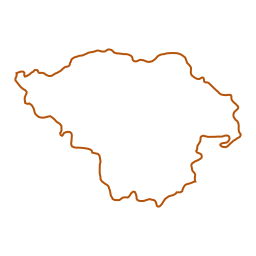 outline of Dokshytsy, Vitebsk, Belarus
{"feature_id": "67162791B61932293276792", "entity_name": "Dokshytsy", "entity_type": "district", "adm_level": 2, "iso_a3": "BLR", "parent_name": "Belarus", "parent_adm1": "Vitebsk", "projection": "albers", "projection_center": [27.92, 54.818], "detail": "fine", "context": "isolated", "style": "outline", "palette": "amber", "viewbox_px": 256, "rotation_deg": 0, "n_neighbors": 0, "source": "geoboundaries", "source_scale": "gbopen_adm2", "svg_char_len": 5156}
<svg xmlns="http://www.w3.org/2000/svg" viewBox="0 0 256 256"><path d="M195.3,181.5L194.9,180.7L194.9,179.1L194.8,177.3L195.2,175.6L195.1,174.2L194.4,172.9L193.4,171.9L192.6,170.9L192.2,170.0L191.8,167.7L191.4,165.8L191.5,164.3L192.4,163.2L193.8,162.2L195.1,161.4L197.2,160.5L198.4,160.0L200.0,159.0L201.4,158.0L201.8,156.9L201.6,155.6L201.3,154.6L200.4,153.8L199.4,153.4L198.0,152.8L197.0,152.4L196.3,151.4L196.3,150.6L196.9,150.0L197.1,149.3L197.2,147.9L197.4,146.4L197.6,145.4L198.5,144.3L199.1,143.2L200.0,141.9L200.4,140.6L200.5,139.5L200.5,138.6L200.6,137.4L201.1,136.6L202.0,136.1L203.3,135.8L204.1,135.8L205.6,136.4L206.4,136.5L207.8,136.8L210.1,136.9L212.1,136.8L215.1,136.8L217.3,136.6L220.1,136.6L221.8,136.6L223.3,136.2L224.8,135.7L226.2,135.5L228.0,135.7L229.0,136.5L229.6,138.1L229.3,139.6L228.3,141.3L227.0,142.4L224.9,142.9L222.8,143.1L221.3,143.6L220.3,144.5L220.5,145.5L221.4,146.2L222.0,146.6L223.4,147.0L225.3,147.1L226.1,147.1L228.0,145.9L229.2,144.6L230.4,143.5L231.8,142.3L233.3,140.9L234.6,140.1L236.3,139.0L237.7,138.0L239.4,137.2L240.1,136.4L240.4,135.8L240.6,135.1L240.6,134.0L239.9,133.4L239.6,132.8L239.0,131.6L238.8,130.6L238.6,129.0L238.7,126.8L238.7,125.7L238.5,124.0L238.3,123.1L237.5,121.5L236.8,120.7L235.5,119.8L234.6,118.3L233.9,117.5L233.5,116.3L233.4,114.8L233.7,113.4L234.3,112.1L235.3,111.1L236.8,109.7L237.7,108.9L238.2,107.9L238.2,106.9L237.6,105.9L236.6,105.0L235.7,103.9L233.9,102.5L232.7,101.2L231.9,100.1L231.4,98.8L231.4,97.6L231.4,96.2L231.0,95.4L230.8,95.1L229.8,94.9L228.2,94.9L226.5,95.1L224.7,95.1L222.6,94.8L220.9,94.4L218.7,92.7L218.0,91.7L216.4,90.4L215.1,89.2L213.9,88.1L212.6,86.8L211.3,85.5L210.5,84.7L209.9,84.2L208.7,83.0L207.6,82.5L206.8,82.4L205.1,82.3L204.2,81.6L204.0,80.2L203.7,78.3L202.9,77.6L202.0,77.5L200.9,78.1L200.0,78.7L199.0,79.1L197.0,78.8L195.3,78.0L194.2,77.3L193.5,76.7L191.9,75.5L191.2,74.4L190.8,72.7L190.9,70.5L191.0,68.0L190.5,66.7L190.1,66.1L188.3,64.0L187.5,63.4L186.9,62.5L186.6,61.4L186.3,60.4L186.0,59.6L185.5,58.2L184.5,56.9L183.5,56.3L182.0,55.1L180.3,54.2L178.1,53.5L177.0,53.2L174.3,53.1L172.9,53.0L170.7,53.1L168.0,53.2L165.8,53.6L164.1,54.1L162.4,54.3L161.2,54.5L159.4,55.2L158.1,56.0L156.9,57.1L155.9,58.4L155.1,59.1L154.1,59.9L153.0,60.7L152.0,61.3L150.6,61.6L149.6,61.9L148.7,61.9L147.4,61.7L146.5,61.5L144.9,60.8L144.0,60.5L143.1,60.2L142.0,60.0L141.2,59.9L139.7,59.9L139.1,60.2L138.3,60.6L136.6,61.3L135.8,61.4L134.2,61.2L133.3,60.6L132.7,59.7L132.5,58.7L132.2,57.4L131.8,56.7L131.2,55.9L130.2,55.4L129.0,54.8L127.5,54.3L125.5,54.1L123.6,54.1L120.2,53.6L118.5,53.4L117.1,53.4L115.7,53.1L113.9,52.4L113.6,51.9L112.7,51.1L112.3,50.6L111.4,50.0L110.2,49.6L108.9,49.5L107.9,49.5L107.0,50.1L106.4,50.5L105.9,50.9L105.2,51.3L104.4,51.5L102.6,51.5L101.7,51.5L100.1,51.0L98.9,50.7L97.6,50.5L96.4,50.8L95.5,51.2L94.1,51.6L92.9,51.9L91.8,52.1L89.8,52.4L88.1,52.8L87.3,53.3L86.3,53.8L84.9,54.4L83.5,55.0L82.1,55.5L81.2,55.6L80.0,55.7L78.9,55.9L77.4,56.5L75.9,57.0L74.3,57.4L72.9,58.3L71.4,59.6L70.9,61.5L70.0,63.1L69.8,64.4L69.4,65.3L68.8,66.0L68.1,66.4L67.1,66.6L66.0,66.8L65.1,67.1L64.2,67.6L63.4,68.4L62.1,69.4L61.7,70.0L60.9,70.6L60.0,71.2L58.9,71.8L57.0,72.9L55.5,73.4L54.3,74.2L53.0,74.9L52.3,75.5L51.0,75.9L50.3,76.0L49.0,76.0L47.9,75.6L46.8,75.1L45.6,74.5L44.3,73.4L42.1,72.8L40.9,72.9L39.5,73.0L38.6,72.6L38.1,71.6L37.8,70.6L37.3,70.2L36.3,70.1L35.6,70.0L34.4,70.3L33.8,71.0L33.1,71.8L31.4,72.7L30.7,73.3L29.7,74.3L28.3,75.1L27.3,75.5L26.7,76.1L24.8,76.5L24.2,75.0L24.3,74.2L24.3,72.7L23.4,71.7L22.4,71.6L20.9,71.6L19.3,72.1L16.9,73.0L16.4,73.2L16.8,74.6L16.3,76.6L15.5,78.3L15.4,80.3L16.8,82.1L18.9,84.7L20.7,87.0L23.1,89.0L25.3,90.2L26.5,91.7L26.7,93.0L25.4,95.8L24.8,97.3L24.7,99.6L25.2,103.0L27.6,103.9L29.5,103.5L31.9,105.4L33.1,107.5L34.0,109.4L34.6,112.2L35.5,114.2L38.5,116.8L40.4,117.4L42.5,117.7L45.2,117.4L48.0,116.6L50.1,116.2L52.0,117.3L54.5,119.4L56.6,121.8L59.7,123.7L61.4,125.8L61.5,130.4L60.7,132.3L60.1,133.0L60.6,134.9L62.0,135.8L62.8,135.1L63.7,133.3L65.6,132.3L67.7,131.8L69.8,132.0L71.3,133.2L71.8,134.8L71.8,136.9L71.6,138.7L71.5,141.1L71.1,143.4L71.4,144.9L71.7,145.9L71.8,146.2L73.9,147.3L75.6,147.6L79.1,147.7L81.2,147.8L84.8,148.2L87.6,148.7L89.8,149.3L91.5,150.4L92.1,151.6L92.2,152.5L93.7,153.0L96.1,153.5L97.8,153.8L99.3,155.3L99.9,157.5L100.5,161.8L99.8,164.8L99.7,168.9L99.7,173.4L100.1,175.0L100.4,176.6L100.6,179.4L102.1,181.5L103.9,182.9L105.6,184.1L107.2,185.0L108.5,186.4L109.2,188.7L109.9,190.3L110.5,193.8L111.0,196.0L112.3,197.9L112.6,199.0L114.8,200.0L117.9,200.1L119.5,200.0L121.0,198.9L122.8,197.6L124.9,197.3L127.8,197.5L129.0,196.5L129.7,195.6L131.0,193.4L132.7,191.9L133.5,191.6L134.9,192.0L135.9,194.2L136.5,196.4L136.6,198.7L137.6,200.2L140.0,201.0L143.3,201.0L145.1,200.5L147.4,199.7L149.7,199.1L151.7,199.7L153.6,200.0L155.0,200.7L156.0,202.5L156.5,204.4L156.8,205.5L156.9,205.8L157.8,206.5L159.1,206.5L159.8,206.2L162.0,203.9L162.7,202.6L163.8,201.0L164.9,199.2L167.5,197.2L169.3,196.1L173.0,195.2L175.6,193.8L176.6,192.3L180.3,192.3L182.2,191.2L182.8,189.1L183.5,187.4L184.9,185.3L186.5,184.3L188.4,183.8L189.6,183.5L192.3,182.5L194.2,181.6L195.3,181.5Z" fill="none" stroke="#b45309" stroke-width="2"/></svg>